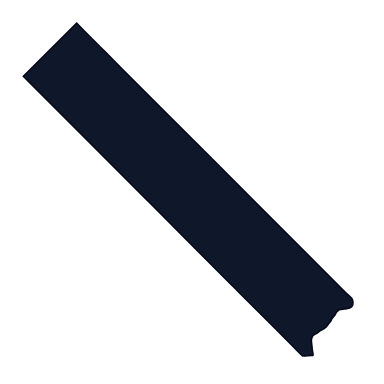 San José, Petén, Guatemala, rotated 315°
{"feature_id": "79465075B657648809250", "entity_name": "San José", "entity_type": "district", "adm_level": 2, "iso_a3": "GTM", "parent_name": "Guatemala", "parent_adm1": "Petén", "projection": "equal_earth", "projection_center": [-89.816, 17.394], "detail": "fine", "context": "isolated", "style": "filled", "palette": "ink", "viewbox_px": 384, "rotation_deg": 315, "n_neighbors": 0, "source": "geoboundaries", "source_scale": "gbopen_adm2", "svg_char_len": 1061}
<svg xmlns="http://www.w3.org/2000/svg" viewBox="0 0 384 384"><g transform="rotate(315 192 192)"><path d="M229.9,-9.0L154.5,-9.1L154.5,54.5L154.5,94.6L154.4,158.1L154.4,166.5L154.5,167.9L154.3,221.6L154.2,285.0L154.3,288.1L154.2,298.0L154.3,348.4L154.2,374.8L154.1,377.7L154.2,386.1L156.3,388.3L157.1,388.6L157.6,389.3L158.0,389.5L158.7,390.3L159.4,390.8L159.9,391.2L160.6,391.8L161.7,393.0L162.0,393.1L162.6,392.7L163.1,392.0L166.3,387.6L167.2,386.6L169.9,383.3L170.2,382.8L172.2,380.7L173.6,380.0L174.7,379.4L176.1,379.1L178.5,379.6L181.1,380.4L183.9,380.6L188.6,382.0L191.4,382.3L194.6,382.0L194.8,381.7L197.2,381.7L198.1,381.4L199.2,381.4L200.1,381.1L200.5,380.7L204.5,380.2L205.9,380.2L206.3,379.9L209.7,379.1L213.0,379.4L215.6,381.5L216.6,382.1L218.0,383.4L221.6,385.6L223.3,386.0L224.4,386.0L225.7,385.6L227.0,384.6L228.0,383.7L228.9,382.4L229.6,380.8L229.8,379.8L229.8,377.5L229.5,371.9L229.6,308.4L229.6,244.9L229.7,181.4L229.6,118.0L229.6,54.6L229.8,30.2L229.7,27.7L229.7,0.3L229.9,-9.0Z" fill="#0f172a" stroke="#020617" stroke-width="1.5"/></g></svg>